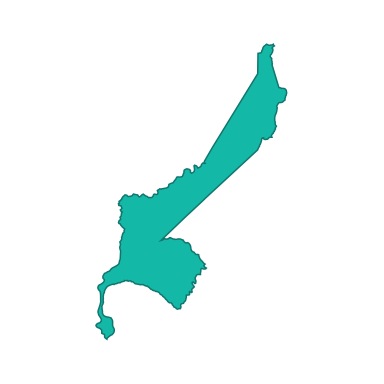 Sambaíba, Maranhão, Brazil (orthographic projection), rotated 9°
{"feature_id": "56859067B71458423311280", "entity_name": "Sambaíba", "entity_type": "district", "adm_level": 2, "iso_a3": "BRA", "parent_name": "Brazil", "parent_adm1": "Maranhão", "projection": "orthographic", "projection_center": [-45.606, -7.398], "detail": "fine", "context": "isolated", "style": "filled", "palette": "teal", "viewbox_px": 384, "rotation_deg": 9, "n_neighbors": 0, "source": "geoboundaries", "source_scale": "gbopen_adm2", "svg_char_len": 6107}
<svg xmlns="http://www.w3.org/2000/svg" viewBox="0 0 384 384"><g transform="rotate(9 192 192)"><path d="M131.0,350.7L131.0,349.9L131.6,348.9L133.9,346.4L135.5,345.3L136.6,343.4L136.9,342.3L136.9,340.7L136.7,339.9L136.3,339.1L135.1,337.5L134.5,336.4L133.9,332.5L133.6,331.5L133.2,330.8L131.7,329.0L129.3,328.7L127.0,328.7L124.6,328.1L123.6,327.4L122.5,325.7L122.2,323.6L121.7,322.4L120.9,319.2L121.1,317.7L121.5,316.8L121.6,315.7L121.8,314.6L121.4,313.7L121.1,312.5L121.2,311.4L120.6,309.1L120.7,307.6L120.6,306.0L121.2,305.2L121.1,304.3L121.1,303.4L121.3,302.6L121.8,301.2L122.7,299.1L123.3,298.7L124.0,297.7L125.3,297.1L126.0,296.5L128.3,295.4L129.4,295.6L130.1,294.9L132.1,294.2L133.0,293.5L134.1,293.0L135.1,293.0L135.8,292.2L136.7,291.7L138.1,291.1L139.0,290.7L139.1,290.0L140.1,289.9L141.0,289.9L142.2,289.5L142.8,290.1L143.5,289.9L145.3,289.2L146.1,290.2L147.3,289.9L148.2,290.2L149.5,291.1L150.4,291.5L152.7,291.5L155.3,291.7L156.6,291.4L158.4,291.1L159.5,291.7L161.7,292.1L162.8,291.9L163.5,292.6L164.6,293.0L166.4,294.4L167.3,294.4L168.3,295.1L169.5,295.4L170.7,295.4L172.2,296.0L173.0,295.7L175.2,296.4L176.0,297.3L176.9,298.2L177.9,298.2L178.9,298.9L179.5,299.7L180.2,299.8L181.1,300.6L182.2,301.2L182.6,301.9L184.0,302.7L184.7,303.4L185.5,304.1L186.4,304.7L187.5,305.0L188.5,304.7L189.8,305.3L190.1,306.4L191.3,307.2L192.0,308.3L193.2,308.6L194.2,309.0L194.8,309.7L196.0,310.0L197.5,309.2L198.8,309.0L199.1,307.2L198.6,306.2L198.5,304.8L199.2,304.0L201.0,303.3L201.4,302.0L202.5,300.5L202.7,299.5L202.7,298.2L202.9,297.2L202.5,294.8L205.3,294.1L205.7,293.2L205.0,291.3L205.4,290.6L206.2,291.1L207.1,291.4L207.8,290.7L207.2,289.3L207.0,288.5L207.3,287.7L209.1,285.3L206.7,282.8L206.2,281.4L206.8,280.9L207.7,280.6L208.1,281.3L208.9,282.0L209.8,281.7L209.9,279.9L209.5,278.5L208.9,278.0L208.5,276.3L209.5,273.5L210.3,272.6L213.3,272.2L213.0,270.7L213.1,269.2L212.8,267.0L213.4,266.0L215.1,266.2L216.0,266.2L217.5,265.8L218.1,264.9L216.2,264.1L215.2,262.9L215.7,261.8L216.2,261.2L214.9,260.6L213.9,259.8L213.0,258.8L212.1,258.5L211.1,257.4L210.1,256.5L208.7,254.0L208.5,253.0L207.5,252.7L206.8,253.0L205.5,253.0L204.7,252.4L203.5,251.2L202.6,251.0L201.2,250.5L200.6,249.6L199.9,248.6L199.6,247.5L199.1,245.8L198.4,244.6L197.3,243.5L196.6,243.0L195.3,242.7L194.3,243.2L193.5,243.2L192.1,242.4L190.7,240.8L189.7,240.8L188.3,240.3L186.9,240.4L186.0,240.4L184.7,241.0L183.5,241.3L182.8,241.4L181.9,241.2L181.0,241.5L180.0,241.1L179.0,240.9L177.9,240.5L176.9,240.7L176.1,241.8L174.3,242.5L173.1,242.7L172.5,242.3L171.4,242.6L171.0,243.5L170.0,244.3L168.8,244.8L189.3,217.8L203.0,200.3L206.7,195.4L250.2,140.2L250.8,137.7L251.2,137.0L251.5,136.1L251.4,135.2L251.8,134.6L252.3,132.6L252.6,130.3L252.5,129.2L252.6,128.1L254.2,127.3L254.3,128.2L255.1,128.6L256.1,128.7L258.4,128.0L259.8,126.0L261.0,125.6L262.4,125.4L261.6,124.0L262.1,122.5L263.1,121.2L263.3,119.9L263.9,119.0L264.2,117.4L264.6,116.7L264.2,115.8L265.1,113.8L263.8,112.5L263.4,111.5L263.3,110.3L263.1,109.6L262.4,108.3L262.4,107.1L262.1,106.4L262.1,105.6L262.1,104.5L262.1,103.4L262.5,102.3L263.0,99.5L263.0,95.4L262.4,94.5L262.3,93.5L263.3,91.3L263.9,90.1L265.5,89.8L266.8,89.4L267.9,88.5L268.5,87.5L269.4,86.8L269.4,86.0L269.2,85.1L269.5,83.5L269.4,82.4L269.9,81.6L270.0,79.3L269.2,76.8L268.7,76.4L268.2,75.8L266.9,75.4L266.0,75.4L263.9,75.6L262.7,75.2L261.5,75.3L251.2,54.0L251.3,52.7L250.8,51.9L250.8,51.0L250.0,49.3L249.9,47.7L248.1,46.2L248.1,45.3L248.1,44.4L248.8,43.5L249.3,42.0L249.6,41.3L249.7,39.9L249.7,38.9L249.4,38.0L248.7,37.6L248.7,36.8L249.6,35.6L250.5,34.8L249.7,34.3L249.2,33.3L248.3,34.2L246.9,34.5L245.8,34.9L245.0,35.1L243.5,34.6L242.4,34.4L241.3,35.8L240.0,37.2L239.6,38.3L239.3,40.4L238.9,41.4L238.8,42.8L238.5,43.6L237.8,44.0L235.5,44.7L238.4,64.9L220.3,108.5L205.3,144.6L199.4,159.8L199.7,161.0L200.4,161.6L199.6,161.8L198.4,161.5L197.7,162.4L197.1,163.3L196.9,164.9L196.1,166.0L194.1,167.4L192.5,165.6L190.4,165.1L189.9,165.9L190.6,168.0L191.0,169.3L190.9,171.5L189.8,172.7L188.4,173.5L187.3,172.5L187.2,171.3L186.6,170.5L185.7,170.1L183.4,169.9L181.7,170.8L180.8,171.9L181.0,174.0L180.1,178.1L178.4,179.0L177.4,179.2L175.7,179.3L174.7,179.7L173.9,182.0L172.7,184.0L172.0,185.7L169.7,186.9L168.0,188.1L167.9,190.6L166.0,192.1L161.7,193.6L161.1,194.0L159.7,193.9L158.5,195.1L157.9,195.5L157.5,196.1L158.3,197.2L158.6,198.3L158.2,199.6L157.5,200.0L155.9,200.0L155.0,200.0L154.5,200.6L154.0,202.8L153.0,203.8L150.8,204.1L150.0,204.4L148.4,203.4L146.7,203.1L144.2,201.7L143.1,202.5L142.1,203.9L141.1,205.0L140.1,204.9L138.8,203.4L136.5,203.4L134.6,203.1L134.1,203.7L133.6,205.0L131.7,205.9L130.4,206.3L129.3,206.4L128.1,205.4L126.9,205.3L126.1,205.4L125.5,206.4L124.8,207.0L124.4,207.7L124.2,208.4L123.7,209.1L123.7,210.3L123.1,210.7L122.5,212.0L121.7,212.2L121.4,213.0L122.0,214.4L121.2,215.0L121.8,216.7L123.1,216.8L124.0,216.7L124.7,218.0L125.4,219.0L124.8,219.9L124.0,220.9L124.9,221.6L125.0,222.5L126.2,222.7L125.7,224.3L125.7,225.5L125.8,226.7L125.4,227.4L124.9,228.0L125.0,228.7L125.8,229.8L125.3,230.9L124.5,231.6L124.2,233.6L124.7,234.5L126.0,234.7L127.1,236.2L127.9,236.6L128.5,237.4L129.7,238.1L130.6,238.6L131.3,239.0L130.9,240.6L131.2,241.7L131.1,242.5L130.2,243.5L130.2,244.2L129.9,245.3L129.9,246.9L129.5,247.7L130.0,249.4L129.2,251.7L128.6,252.4L128.9,253.6L129.5,254.4L129.5,256.2L129.3,257.9L129.9,259.9L130.5,260.7L130.8,262.1L131.6,269.7L131.2,271.1L131.1,274.0L130.5,275.2L129.7,276.0L127.8,277.6L125.7,279.1L124.8,279.9L123.9,281.1L123.0,282.9L122.3,283.4L121.2,283.9L119.7,285.3L118.3,286.1L117.3,288.6L117.2,289.5L117.6,291.1L119.2,292.4L119.2,293.6L118.9,294.6L118.3,295.5L116.5,297.3L115.2,298.2L114.4,298.9L114.1,299.8L114.0,301.3L114.4,302.3L115.5,303.6L116.7,304.4L117.5,306.6L118.1,309.5L118.5,312.2L118.9,313.9L119.0,315.5L118.8,318.2L117.9,323.6L117.9,325.2L119.1,328.0L122.0,331.3L122.4,332.3L122.5,333.6L121.8,335.0L121.3,335.7L120.2,336.1L119.0,336.9L118.1,338.3L118.1,339.1L119.1,340.2L120.3,340.7L122.4,341.1L124.2,342.4L124.6,343.4L125.0,345.7L125.7,346.0L127.2,346.1L128.0,347.0L128.4,349.0L129.5,350.0L131.0,350.7Z" fill="#14b8a6" stroke="#0f766e" stroke-width="1.5"/></g></svg>